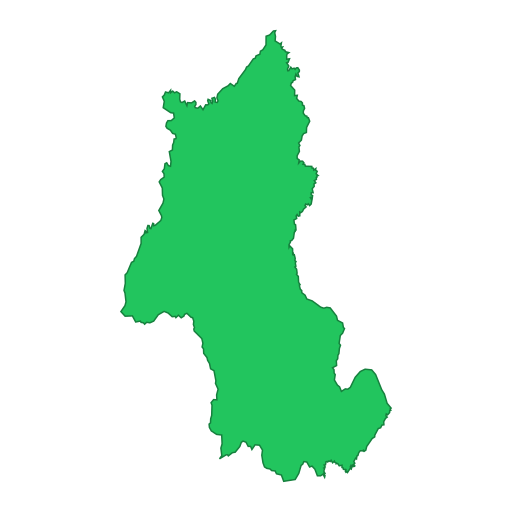 outline of Yacopí, Cundinamarca, Colombia
{"feature_id": "7082276B73695765304920", "entity_name": "Yacopí", "entity_type": "district", "adm_level": 2, "iso_a3": "COL", "parent_name": "Colombia", "parent_adm1": "Cundinamarca", "projection": "equal_earth", "projection_center": [-74.3, 5.612], "detail": "fine", "context": "isolated", "style": "filled", "palette": "green", "viewbox_px": 512, "rotation_deg": 0, "n_neighbors": 0, "source": "geoboundaries", "source_scale": "gbopen_adm2", "svg_char_len": 6049}
<svg xmlns="http://www.w3.org/2000/svg" viewBox="0 0 512 512"><path d="M344.5,328.5L343.4,327.5L342.6,323.0L337.5,320.3L336.5,316.1L330.2,307.9L326.7,307.3L323.9,308.2L320.6,307.1L312.2,300.9L306.8,299.0L305.1,295.2L301.8,292.7L301.7,290.5L300.3,289.2L299.6,286.5L299.4,284.8L300.0,284.6L298.6,282.3L298.3,276.4L296.5,274.3L297.1,273.2L296.6,269.2L294.9,267.0L295.9,266.3L295.3,263.0L296.0,261.5L294.9,260.7L295.2,258.4L294.3,254.7L293.4,255.0L293.2,253.4L292.7,253.8L292.6,248.8L289.8,245.9L289.1,247.2L289.0,244.7L290.4,242.1L290.3,240.9L291.7,240.5L293.5,238.2L294.3,232.3L295.2,231.4L295.1,230.1L296.0,230.0L295.6,224.8L294.4,224.0L293.9,220.0L296.7,218.5L296.1,216.0L297.1,214.5L298.2,216.2L299.8,215.8L299.7,212.0L300.7,212.7L302.4,211.5L303.6,209.1L306.1,206.9L305.0,205.6L305.7,204.0L307.3,204.8L308.3,203.8L309.6,205.6L311.2,204.0L311.9,200.1L310.3,197.6L310.9,197.2L312.2,198.5L312.6,195.6L311.1,194.7L311.3,192.6L313.1,192.7L312.2,188.7L314.2,186.4L314.0,183.9L315.8,182.8L314.3,180.6L316.4,179.4L316.3,177.4L317.0,177.1L317.0,175.7L318.0,175.5L316.1,173.8L317.2,171.3L315.6,170.3L315.8,168.6L313.8,170.1L313.4,168.2L312.1,168.1L311.8,166.4L305.4,166.2L304.8,164.4L303.0,164.2L303.9,162.8L302.6,161.2L300.5,161.1L298.7,163.1L299.2,159.9L297.2,158.5L297.1,155.8L299.4,151.4L298.9,146.9L299.9,145.5L298.6,143.0L301.4,140.1L302.1,136.0L303.6,133.6L306.4,132.5L306.6,127.4L309.7,121.2L308.4,117.7L307.3,117.7L306.8,116.1L305.3,115.9L303.3,113.2L303.4,110.8L304.6,108.4L303.9,105.6L302.5,105.2L302.4,102.9L301.1,101.5L298.9,101.1L296.6,98.4L297.3,95.3L294.6,95.6L294.7,90.1L290.6,85.5L291.5,82.6L292.5,82.5L293.2,80.6L295.5,79.6L295.1,76.8L295.9,74.2L297.0,76.4L299.0,76.8L297.9,73.0L299.3,71.6L299.4,70.1L297.8,67.7L296.3,67.9L295.1,69.4L294.2,68.2L292.0,68.8L290.8,67.2L288.8,70.7L287.7,70.7L287.5,69.0L288.8,66.0L286.6,62.8L288.1,62.3L289.5,58.8L286.7,59.2L286.7,55.4L287.0,54.0L288.9,52.6L285.4,51.7L284.9,50.3L282.3,49.2L281.8,48.4L282.6,47.0L281.3,47.3L280.9,46.0L281.4,42.9L280.0,44.0L275.1,40.9L275.5,36.5L274.7,32.7L275.6,30.7L273.4,31.0L269.6,35.0L266.1,36.2L266.0,44.9L262.8,49.8L260.4,51.2L259.9,54.2L256.0,55.9L255.3,58.2L253.3,58.9L248.4,66.0L246.6,67.0L245.5,69.6L238.8,78.6L237.3,83.3L236.2,83.5L234.3,86.3L230.3,83.5L228.1,85.8L222.7,88.7L217.7,94.2L216.9,97.9L218.1,100.9L217.2,102.5L215.2,102.1L215.4,99.2L214.5,97.4L211.9,98.3L212.8,101.4L212.1,103.5L211.0,102.7L210.8,100.6L208.1,99.3L207.7,100.7L208.8,103.9L207.7,104.9L205.7,104.8L203.0,109.7L200.4,106.0L197.8,108.2L195.3,107.7L194.7,106.4L195.9,104.6L195.9,102.4L194.6,100.9L191.5,102.9L187.6,102.6L186.9,105.7L184.7,101.0L182.0,102.5L180.5,101.9L179.7,99.3L179.9,93.8L176.7,91.8L174.5,92.8L172.7,91.1L170.6,92.8L170.6,90.3L168.6,92.8L165.5,92.0L164.3,95.0L162.4,96.9L164.3,101.3L163.2,107.7L170.7,112.7L173.6,113.1L174.3,117.9L171.2,120.6L167.9,120.7L166.5,123.0L165.9,126.4L167.1,128.3L170.4,130.2L172.6,133.4L175.4,134.2L176.2,137.5L175.9,138.7L174.1,139.0L173.7,142.5L172.6,145.1L172.4,150.0L169.3,151.6L171.0,161.4L170.5,166.3L168.4,165.6L166.7,162.8L165.0,163.7L164.3,168.8L162.4,171.4L164.0,173.7L164.2,177.1L160.7,179.6L159.2,181.9L162.3,188.0L162.5,195.3L163.9,199.0L163.0,203.1L158.8,210.5L161.5,215.7L161.8,217.6L160.8,220.5L155.4,225.2L153.8,225.7L153.6,223.6L152.8,223.3L150.9,228.6L149.9,228.3L149.1,225.6L147.9,225.5L147.0,228.4L147.6,232.5L145.9,232.8L146.0,231.4L145.1,230.6L144.1,234.3L141.1,237.3L141.1,243.5L136.5,256.4L134.5,258.5L133.8,261.2L131.5,262.4L127.2,272.7L125.1,274.9L125.3,283.4L124.0,290.4L125.0,293.1L126.0,301.8L125.0,305.6L120.9,311.6L125.1,316.2L132.4,315.9L135.7,322.0L140.3,321.1L141.1,322.4L143.5,322.8L144.6,324.2L146.7,322.3L149.9,322.8L153.7,321.1L158.3,314.7L164.1,311.4L168.1,313.0L172.2,316.7L175.3,316.4L175.9,317.6L178.4,315.2L181.2,317.8L183.9,316.1L184.5,314.4L186.9,313.3L191.2,317.4L192.6,317.6L193.8,321.2L193.4,324.5L194.5,327.6L193.8,329.0L194.2,331.0L201.8,338.6L202.9,343.3L202.1,347.0L203.5,348.8L203.7,353.4L207.0,357.6L207.6,360.3L209.5,363.5L210.6,368.8L214.0,370.7L215.9,380.8L215.5,383.4L218.1,389.2L216.6,394.9L216.9,399.8L213.6,399.6L211.1,402.7L212.0,405.2L211.7,415.4L210.7,418.7L210.5,422.9L209.1,424.1L209.4,427.4L211.3,430.9L216.6,434.4L221.7,435.0L222.1,443.9L220.9,448.1L221.8,455.6L219.5,458.8L226.2,454.8L227.6,454.8L228.3,455.9L232.4,452.7L235.2,452.2L239.8,446.5L241.3,442.4L243.0,441.1L246.0,442.2L248.2,446.4L250.6,446.4L251.9,449.5L255.1,444.8L259.5,445.2L262.5,450.1L261.8,455.2L263.0,462.8L264.5,466.9L266.9,468.4L269.9,468.9L271.7,470.6L275.1,470.9L276.5,473.8L281.4,475.0L283.7,481.3L295.2,479.5L298.8,473.3L301.1,465.4L302.7,464.2L303.8,461.6L306.8,462.0L309.6,467.0L312.0,466.1L314.9,469.2L317.4,475.8L320.6,475.8L323.0,474.2L324.6,477.2L325.0,475.5L323.9,473.8L324.0,472.9L324.8,473.1L323.8,471.1L324.6,468.6L323.8,468.0L325.2,467.0L324.2,465.0L325.5,464.8L326.0,461.8L327.0,461.6L326.5,461.0L327.7,462.0L328.9,460.9L330.2,461.5L331.1,460.3L332.6,462.8L334.4,461.1L334.8,462.3L336.5,463.1L336.2,463.7L337.8,463.6L339.2,465.8L342.0,465.2L342.0,467.5L343.3,468.1L343.4,469.3L345.5,469.8L346.1,468.9L345.4,471.5L346.0,472.3L346.8,471.6L347.5,472.5L350.1,468.5L350.9,468.9L350.3,466.8L350.9,465.6L351.7,467.6L352.4,465.2L353.3,465.5L353.1,466.6L354.6,466.3L354.7,465.5L353.4,464.5L354.8,463.2L353.8,461.5L355.6,458.2L356.5,458.9L356.9,456.0L357.9,455.5L358.7,452.7L360.3,450.7L362.8,450.9L363.7,449.6L363.4,450.9L364.0,451.4L365.8,450.2L366.7,446.5L372.2,438.5L374.7,436.9L374.8,435.1L378.3,428.5L380.6,427.8L381.9,425.1L383.9,424.8L383.7,421.7L385.5,418.4L387.2,417.1L385.9,415.9L386.3,414.0L387.5,414.9L389.6,412.6L389.7,410.7L390.8,410.3L390.1,409.0L391.1,408.1L387.1,403.3L384.4,394.1L381.7,389.7L375.6,374.5L371.7,369.9L365.1,369.2L360.3,371.5L355.2,377.3L350.3,387.4L347.7,389.2L345.3,388.9L341.4,391.4L339.6,386.9L337.4,385.1L334.4,380.0L335.2,374.6L334.1,373.0L334.0,369.7L332.5,367.8L336.6,365.5L336.3,360.7L337.7,358.8L337.9,355.3L338.9,353.6L339.4,348.4L340.5,345.2L339.1,343.4L340.3,335.5L342.6,333.2L344.5,328.5Z" fill="#22c55e" stroke="#15803d" stroke-width="1.5"/></svg>